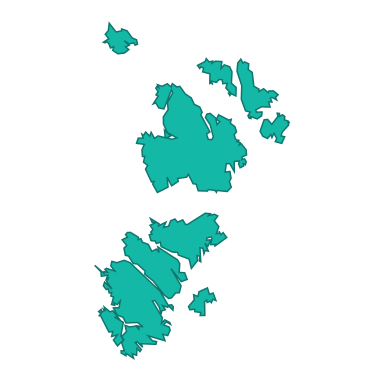 Hvaler nor, Østfold, Norway, rotated 271°
{"feature_id": "86288312B75077332019349", "entity_name": "Hvaler nor", "entity_type": "district", "adm_level": 2, "iso_a3": "NOR", "parent_name": "Norway", "parent_adm1": "Østfold", "projection": "robinson", "projection_center": [10.972, 59.056], "detail": "fine", "context": "isolated", "style": "filled", "palette": "teal", "viewbox_px": 384, "rotation_deg": 271, "n_neighbors": 0, "source": "geoboundaries", "source_scale": "gbopen_adm2", "svg_char_len": 6011}
<svg xmlns="http://www.w3.org/2000/svg" viewBox="0 0 384 384"><g transform="rotate(271 192 192)"><path d="M239.7,135.7L238.8,143.5L233.3,141.2L226.6,141.8L226.8,144.1L220.9,143.0L217.9,147.2L214.0,145.1L201.3,151.3L201.9,153.8L199.3,152.5L190.9,157.4L196.5,168.0L206.5,166.8L197.8,171.5L202.4,178.1L205.3,177.4L206.7,186.3L209.6,188.1L200.3,192.9L199.9,196.1L193.3,198.2L193.2,207.4L194.7,208.3L194.0,214.9L192.1,216.4L194.0,217.0L193.1,227.2L197.5,231.2L203.1,229.2L206.4,230.8L213.2,229.6L212.5,224.8L221.0,225.8L221.0,229.3L213.2,233.9L223.3,233.8L223.8,238.8L221.0,238.1L217.1,239.7L218.8,243.1L221.3,242.7L220.1,244.8L223.1,245.7L226.1,243.9L225.2,241.2L228.1,241.7L230.0,245.9L235.1,245.4L241.1,240.4L239.9,238.5L242.2,239.3L243.1,236.2L244.1,237.9L245.2,238.1L243.9,237.4L245.9,234.4L250.2,233.2L252.9,235.5L258.2,233.7L261.4,229.1L265.4,230.0L264.5,227.6L269.7,217.2L265.0,215.2L262.9,218.6L259.9,215.9L266.3,214.4L270.9,208.8L270.2,205.6L266.7,204.1L259.3,209.1L247.7,212.3L244.6,211.0L245.0,207.3L250.2,205.5L252.4,208.9L269.5,199.4L271.8,200.8L277.1,198.3L279.7,192.7L286.1,189.6L289.9,183.6L297.4,178.0L296.8,175.0L300.0,170.4L296.7,169.3L299.8,165.4L297.1,160.2L298.7,155.6L295.8,156.9L297.0,155.1L295.2,154.0L291.7,156.4L288.5,154.3L287.3,156.5L279.4,151.7L280.5,154.2L275.5,157.3L274.5,162.4L293.7,169.7L290.8,171.0L281.1,165.9L273.9,166.7L266.6,162.0L259.4,162.3L251.0,166.4L245.9,176.0L244.3,171.0L245.8,165.8L247.7,169.7L253.4,163.4L245.8,164.3L247.5,157.0L244.9,153.6L251.0,150.1L247.1,148.7L251.2,144.6L247.8,142.6L249.0,140.9L245.0,142.3L244.9,137.3L239.7,135.7ZM117.0,96.0L110.6,102.4L106.2,102.8L107.3,109.3L103.2,107.8L105.3,110.3L100.9,108.2L93.6,113.6L100.3,106.2L96.7,105.0L93.0,107.9L93.7,109.8L89.6,111.0L90.0,113.5L86.6,112.6L85.6,115.4L78.1,113.5L77.3,116.7L79.8,115.9L78.1,119.2L81.8,122.2L75.1,121.1L74.7,115.4L67.5,119.6L65.6,125.2L59.9,128.3L60.6,139.8L56.3,145.4L57.2,139.5L55.2,141.4L53.7,141.3L57.0,138.3L56.0,132.0L57.5,127.4L51.3,128.9L46.2,124.0L43.5,126.3L42.1,126.1L40.2,124.3L32.0,127.1L32.0,123.9L29.8,124.0L27.1,128.8L29.5,128.8L24.7,136.5L29.2,135.1L27.8,139.4L34.6,139.8L31.5,142.7L33.6,144.1L41.1,137.3L39.8,139.0L41.4,139.6L35.9,145.4L39.4,143.7L39.1,158.6L41.8,159.2L42.6,155.0L47.5,150.5L42.8,167.6L49.2,165.3L48.0,170.2L53.4,172.6L56.6,171.5L58.6,165.8L61.7,168.6L59.4,172.8L61.2,171.9L63.7,166.9L60.1,163.7L65.7,164.5L82.4,154.3L82.8,156.9L76.5,161.2L69.2,163.3L72.6,163.8L73.9,167.4L77.9,164.6L76.3,169.8L77.9,170.4L73.5,175.0L77.0,175.3L78.9,173.5L78.3,170.2L92.1,161.9L120.3,131.2L122.5,125.5L120.0,118.0L121.3,113.1L116.7,112.1L111.6,116.2L114.2,107.8L113.1,106.3L110.2,109.0L110.8,105.4L109.0,105.5L117.0,96.0ZM148.5,150.0L142.7,151.8L142.3,156.1L139.9,157.2L141.3,161.2L136.9,162.1L131.7,173.1L131.3,178.7L128.7,179.5L124.9,190.3L115.6,192.7L123.5,198.7L128.5,198.1L128.0,200.8L123.2,200.5L122.4,202.0L136.4,200.9L135.9,203.9L130.4,205.0L133.8,206.1L133.1,209.4L141.0,205.9L138.0,208.8L144.5,211.8L144.1,207.4L146.4,207.8L147.4,211.9L146.3,212.8L139.7,211.6L140.0,217.3L137.9,215.3L147.1,227.5L151.9,223.8L149.9,221.5L153.3,219.7L151.4,220.0L150.7,217.1L157.9,219.4L163.6,214.8L168.5,218.2L170.1,214.9L168.7,209.0L170.6,210.7L171.0,205.6L159.6,188.3L159.4,186.1L164.0,183.2L161.6,178.1L164.7,175.4L162.8,171.1L157.4,169.2L156.1,164.2L161.4,166.5L157.6,159.1L159.7,159.6L164.7,151.0L161.1,152.6L160.6,155.9L158.0,150.6L153.8,153.6L151.1,151.4L149.2,152.8L148.5,150.0ZM143.0,123.0L137.3,127.7L134.7,124.9L127.5,126.5L126.9,129.6L119.5,134.5L119.0,138.7L112.1,146.5L109.0,146.2L102.4,154.7L88.5,166.0L85.1,170.6L85.7,173.3L90.8,177.4L91.1,181.1L98.0,182.7L115.0,172.4L102.2,182.8L104.5,188.7L111.1,186.1L111.4,180.6L120.1,181.0L123.9,178.7L136.4,158.8L131.0,160.2L134.3,157.3L131.9,152.9L138.9,149.2L140.9,143.3L144.5,141.7L143.5,138.9L145.8,139.2L150.5,131.3L150.4,128.1L148.2,126.3L145.7,128.2L143.0,123.0ZM313.6,234.9L299.1,239.9L285.6,239.7L274.1,244.1L272.9,248.9L269.3,246.6L266.7,247.9L266.5,249.7L268.7,249.0L266.2,255.9L269.3,260.3L273.2,260.7L273.0,254.9L275.3,254.4L278.4,260.0L278.3,268.6L283.4,267.1L283.4,270.4L287.1,268.7L288.0,270.3L285.6,275.0L288.0,273.8L290.7,276.4L294.5,271.7L294.4,267.2L292.8,266.4L296.5,261.8L293.6,257.2L296.0,257.2L298.9,252.0L312.7,250.1L315.4,246.1L321.2,246.5L323.0,242.3L321.9,240.7L325.7,238.5L321.8,235.5L313.6,234.9ZM318.7,195.3L315.6,197.6L317.3,198.6L316.1,201.4L312.3,200.6L310.5,207.9L300.8,207.9L301.6,209.6L299.6,210.9L303.2,209.1L302.0,214.5L304.9,217.0L304.8,220.2L300.8,220.9L301.3,225.4L296.6,224.0L292.0,228.5L291.5,226.7L289.1,228.1L291.0,229.3L288.8,234.2L297.4,234.3L301.4,229.5L312.8,229.9L317.9,227.4L319.7,222.0L315.9,218.8L322.9,219.6L323.2,213.1L321.1,209.6L323.2,210.3L322.4,206.9L325.6,203.9L322.8,203.0L318.7,195.3ZM340.2,100.8L339.6,102.4L340.6,104.2L339.3,106.0L334.6,108.0L335.7,111.2L332.2,110.3L328.9,115.5L329.8,122.1L333.3,126.3L335.9,123.0L337.6,126.6L342.1,121.6L338.9,126.5L340.1,131.2L337.8,132.6L338.8,134.9L343.2,133.9L345.0,129.5L352.0,124.3L353.8,118.8L351.9,118.8L350.7,113.2L359.3,106.3L352.1,105.6L348.2,102.5L343.8,106.1L340.2,100.8ZM70.8,100.7L69.7,102.2L70.3,104.1L66.2,100.9L67.1,102.1L67.0,102.6L50.5,111.4L51.1,115.2L46.1,114.1L47.8,119.9L42.6,116.0L36.8,120.2L42.9,126.0L46.8,123.4L60.5,125.6L65.7,116.5L64.3,121.1L71.8,115.0L70.8,112.0L75.4,106.3L72.4,107.3L73.3,105.4L71.8,106.4L70.6,103.8L72.9,103.1L70.8,100.7ZM254.0,259.0L249.0,261.8L246.8,266.6L250.8,269.8L247.8,271.0L252.1,272.9L247.0,275.8L243.8,274.4L242.2,280.9L248.9,283.7L249.5,280.2L253.2,281.0L260.7,287.5L264.1,286.4L262.5,287.6L263.1,288.0L264.5,287.1L265.8,283.1L269.1,283.5L270.8,281.1L269.1,278.2L272.1,278.1L272.3,275.8L269.0,276.5L261.0,270.6L265.9,266.4L265.5,262.9L254.0,259.0ZM77.4,190.5L74.2,191.9L74.8,196.7L72.4,196.9L71.7,202.8L68.6,202.3L68.8,207.0L82.5,206.5L84.1,208.5L81.8,209.1L83.1,212.0L81.7,213.3L85.1,214.8L83.9,217.8L91.4,214.9L90.0,211.2L96.4,209.1L92.4,200.7L87.7,199.8L89.3,195.4L84.2,196.1L77.4,190.5Z" fill="#14b8a6" stroke="#0f766e" stroke-width="1.5"/></g></svg>